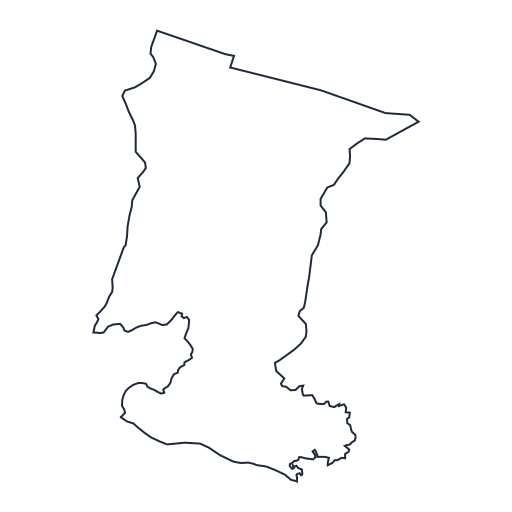 the district of Jasin, Melaka, Malaysia
{"feature_id": "92858781B12493975333595", "entity_name": "Jasin", "entity_type": "district", "adm_level": 2, "iso_a3": "MYS", "parent_name": "Malaysia", "parent_adm1": "Melaka", "projection": "orthographic", "projection_center": [102.436, 2.295], "detail": "fine", "context": "isolated", "style": "outline", "palette": "slate", "viewbox_px": 512, "rotation_deg": 0, "n_neighbors": 0, "source": "geoboundaries", "source_scale": "gbopen_adm2", "svg_char_len": 3418}
<svg xmlns="http://www.w3.org/2000/svg" viewBox="0 0 512 512"><path d="M157.1,30.7L151.2,47.0L150.5,53.7L153.2,57.0L155.9,63.8L153.9,71.2L149.8,77.9L141.8,83.3L135.0,87.3L124.9,90.6L122.3,96.0L125.6,103.4L129.0,112.2L133.0,120.2L135.0,125.6L135.7,133.7L135.7,144.4L135.7,151.8L141.1,157.9L145.1,162.6L145.8,168.0L143.1,172.0L137.7,178.0L139.7,186.8L132.3,200.2L131.7,206.9L129.6,215.0L127.6,226.4L127.0,236.5L125.6,245.3L123.8,247.3L112.1,279.3L112.4,283.2L112.7,288.1L112.1,292.0L109.1,296.7L106.6,303.3L104.7,306.6L102.2,309.3L100.0,311.8L96.4,315.4L98.4,319.0L97.0,322.3L94.8,325.8L93.4,332.5L100.8,333.0L103.6,332.5L108.0,326.7L113.2,324.5L116.5,324.2L120.1,323.9L123.1,327.2L124.5,330.5L128.1,331.9L132.2,330.0L136.4,327.5L141.0,325.8L146.3,325.0L151.5,323.1L155.4,322.3L158.4,323.4L162.0,325.0L166.7,324.5L170.2,321.2L173.0,317.9L175.5,314.6L177.9,312.1L182.1,313.7L181.5,316.2L183.7,318.1L187.0,317.0L189.2,320.1L188.4,328.1L186.2,333.3L184.5,338.2L187.6,341.5L190.3,344.9L192.8,349.0L192.3,352.0L190.9,354.5L192.0,357.8L188.4,360.3L184.5,362.2L184.3,365.0L180.1,367.2L178.2,369.9L177.7,372.7L173.8,374.3L171.3,379.0L170.5,382.6L168.0,386.2L165.5,387.8L163.3,389.5L164.2,392.8L161.1,393.6L157.6,391.9L154.5,390.0L150.4,388.4L147.4,386.7L146.0,383.7L142.7,383.1L138.8,382.9L135.5,384.0L132.8,385.1L128.6,388.1L125.9,390.8L123.7,395.0L122.3,399.6L122.0,405.7L124.2,409.6L125.1,412.9L123.4,414.5L121.2,417.0L120.1,416.8L127.3,421.6L133.3,423.4L138.1,427.7L144.5,432.8L151.4,437.6L159.6,441.4L166.9,444.4L175.5,443.6L185.0,442.7L191.9,443.1L200.0,443.6L208.6,447.5L220.1,455.2L232.9,461.4L235.8,462.1L239.3,462.8L241.8,463.0L244.7,462.8L248.3,462.6L253.4,463.8L256.7,465.1L259.9,465.6L264.1,466.1L267.7,467.0L276.1,470.5L284.8,474.6L291.1,479.9L296.8,481.2L296.9,481.3L297.1,477.6L296.4,475.1L297.1,474.1L299.6,473.2L301.2,475.3L301.9,474.9L302.4,473.5L301.9,470.9L301.9,469.5L300.3,468.9L298.3,468.1L296.4,465.8L294.6,466.7L293.0,465.4L293.7,468.2L292.2,468.9L289.7,465.9L289.9,464.2L292.9,462.4L294.1,461.0L296.7,460.7L298.5,459.6L299.0,457.3L300.4,457.0L306.5,458.6L307.9,458.6L312.9,459.4L315.6,457.2L314.8,454.7L312.6,451.4L314.8,449.8L316.2,452.3L317.8,456.9L325.0,456.9L328.9,457.8L327.8,462.4L327.8,465.2L332.7,462.7L334.6,460.2L337.4,460.2L339.6,458.9L341.8,457.8L345.1,458.3L345.1,457.5L345.1,453.9L348.7,451.7L349.2,449.5L344.8,445.9L346.8,445.1L349.8,444.5L352.5,441.8L354.7,440.7L355.6,437.7L355.3,434.9L352.0,431.9L351.4,430.5L350.3,425.8L350.3,425.3L347.3,423.1L347.0,418.9L349.2,417.5L349.8,412.6L345.7,412.3L346.2,407.6L344.0,404.3L339.0,406.0L339.3,404.1L336.8,405.4L334.4,407.1L329.7,406.0L328.3,401.6L326.4,401.6L323.9,404.1L318.4,403.8L316.5,403.2L314.8,399.4L312.3,395.2L305.7,395.5L303.5,395.5L302.7,393.9L301.9,388.9L303.2,385.6L299.4,386.2L295.5,390.0L290.6,390.3L288.4,388.6L286.2,386.7L282.3,386.2L280.9,383.7L284.3,378.4L276.2,371.0L274.9,362.9L279.6,360.2L291.7,351.5L294.4,349.5L301.1,343.4L305.8,336.7L306.5,330.7L305.8,323.9L298.4,315.9L299.7,311.2L303.8,307.8L305.1,302.4L306.5,293.0L307.8,284.3L309.1,277.5L311.8,255.4L317.9,245.3L320.6,234.5L321.2,229.1L326.6,222.4L325.9,212.3L320.6,205.6L320.6,198.9L327.3,187.5L334.0,184.8L338.0,178.7L343.4,172.0L349.5,163.2L350.1,155.9L349.5,149.1L357.5,143.1L364.9,138.4L377.0,139.0L385.8,139.7L418.6,121.7L409.6,114.8L385.5,113.1L320.9,90.3L230.2,67.5L234.0,55.9L225.4,54.2L157.1,30.7Z" fill="none" stroke="#1e293b" stroke-width="2"/></svg>